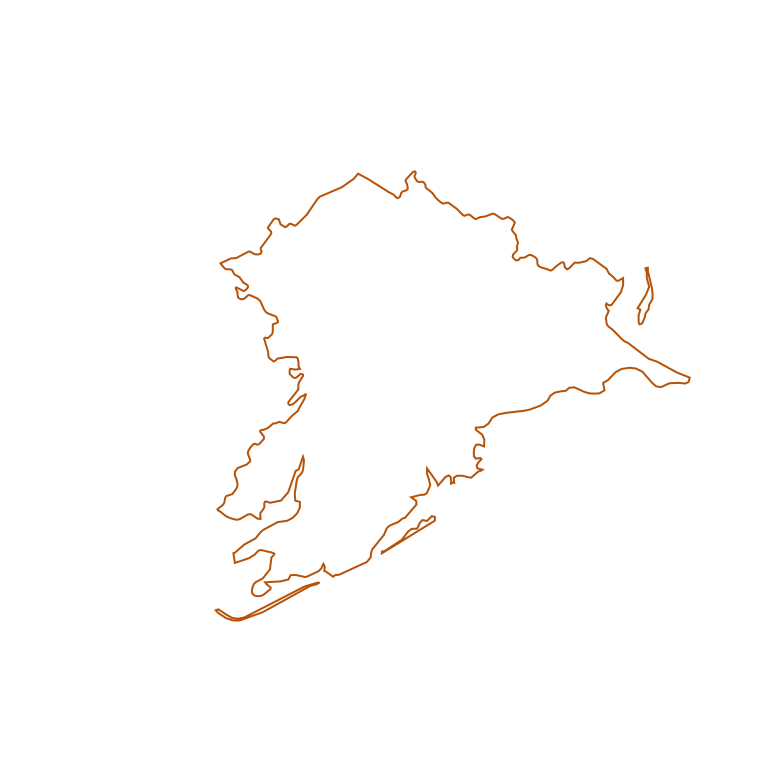 the border of Kherson, rotated 319°
{"feature_id": "UKR-4827", "entity_name": "Kherson", "entity_type": "state/province", "adm_level": 1, "iso_a3": "UKR", "parent_name": "Ukraine", "parent_adm1": "", "projection": "mercator", "projection_center": [33.493, 46.65], "detail": "fine", "context": "isolated", "style": "outline", "palette": "amber", "viewbox_px": 768, "rotation_deg": 319, "n_neighbors": 0, "source": "natural_earth", "source_scale": "10m", "svg_char_len": 6169}
<svg xmlns="http://www.w3.org/2000/svg" viewBox="0 0 768 768"><g transform="rotate(319 384 384)"><path d="M618.9,579.8L615.1,582.3L611.7,581.3L606.5,575.9L599.7,570.6L590.9,568.1L587.8,564.2L587.1,558.8L587.1,544.2L584.1,537.3L580.0,532.9L573.2,528.5L566.4,527.0L555.8,528.0L550.0,527.0L546.3,533.4L540.5,532.4L536.1,529.0L532.7,525.6L529.9,521.2L525.5,511.4L521.4,508.4L516.7,508.4L512.6,505.5L507.1,502.5L502.0,502.0L496.2,504.0L488.1,503.0L482.6,501.0L476.5,498.6L471.4,495.6L457.1,485.8L450.3,481.9L443.8,480.4L437.0,482.4L431.2,481.9L424.6,477.2L423.3,478.8L424.8,486.7L423.2,491.9L418.5,496.8L416.3,492.5L413.8,490.3L410.2,491.6L407.0,494.4L404.5,497.5L404.3,500.6L408.2,503.1L408.2,504.7L404.3,505.0L400.6,506.2L399.1,508.8L402.1,513.3L400.7,513.2L397.6,511.9L388.6,511.9L387.4,510.9L382.9,504.6L379.0,501.2L375.1,500.5L372.2,504.7L371.4,503.6L369.2,503.1L371.6,500.7L373.2,497.9L372.9,495.5L369.6,494.5L358.1,496.1L359.2,493.3L359.7,490.6L361.1,476.0L357.7,479.7L355.3,485.5L352.4,490.8L344.7,494.5L341.9,494.0L338.7,491.6L330.2,487.3L331.6,493.4L329.5,496.2L312.1,498.8L309.7,497.7L304.1,497.5L296.1,494.8L292.7,494.5L290.5,495.1L285.1,497.8L266.7,501.1L263.7,502.8L260.2,506.1L254.4,507.1L225.0,498.5L221.8,496.2L219.2,496.1L217.0,487.1L216.2,485.9L219.0,483.4L219.8,482.1L220.2,480.0L215.8,482.0L212.0,482.4L199.7,478.9L197.8,477.9L192.3,470.5L188.2,467.0L183.6,468.8L176.3,465.0L164.2,455.7L164.0,458.0L164.9,463.3L163.7,464.3L154.5,464.0L151.9,463.0L149.7,461.5L147.7,459.3L147.0,456.0L148.8,453.2L151.7,451.0L154.2,449.7L157.2,449.4L165.2,451.2L176.3,449.1L185.2,441.1L189.0,440.7L189.9,440.1L188.7,437.5L182.1,428.4L179.7,427.4L174.3,427.9L167.9,426.9L154.1,421.2L159.3,412.9L160.8,413.5L173.2,413.5L185.8,416.2L194.2,414.8L197.2,414.9L213.2,418.5L221.2,423.7L227.2,425.1L233.6,424.6L239.2,422.2L243.2,417.8L240.5,413.9L244.5,408.4L254.7,399.7L257.5,397.9L264.2,397.1L266.8,395.4L273.4,389.3L275.1,385.8L263.7,392.4L260.2,391.7L240.6,402.9L229.9,404.4L220.2,399.0L217.9,395.3L217.1,394.8L215.5,395.4L213.0,398.3L211.7,399.0L205.7,400.4L202.3,404.8L200.2,402.7L198.1,394.9L195.7,393.2L186.7,391.4L184.2,390.2L182.2,387.9L179.9,384.2L178.0,380.0L176.6,372.4L175.8,370.4L176.0,369.3L183.4,369.5L185.6,368.8L189.3,365.8L191.4,365.1L197.3,367.6L203.5,366.2L206.0,365.2L208.0,363.2L209.8,359.9L211.6,354.9L214.3,352.2L218.7,351.5L227.2,354.6L232.1,354.7L233.3,353.5L235.5,347.3L237.7,345.4L242.6,344.0L245.7,343.8L247.2,344.2L248.5,346.6L249.4,347.1L250.9,347.4L257.2,346.7L258.3,345.7L259.0,344.4L259.2,339.2L259.5,338.3L260.1,338.0L261.4,338.3L263.0,339.6L267.4,341.0L274.4,341.1L276.1,342.4L280.1,343.9L282.8,347.9L284.3,348.7L293.7,347.7L301.8,347.8L302.9,347.0L314.3,343.0L318.2,340.6L317.9,340.1L315.1,339.9L312.8,338.9L304.9,339.6L301.5,339.3L299.2,338.3L298.8,337.7L298.7,336.3L300.0,334.9L315.8,331.9L318.9,328.3L320.8,327.1L328.3,324.7L329.0,323.9L328.9,323.2L327.6,321.7L321.8,321.6L320.6,321.0L319.7,319.1L319.4,315.1L319.7,314.2L321.8,311.7L323.2,311.0L326.6,315.0L330.5,317.5L331.0,314.8L334.0,311.1L335.8,307.8L335.5,306.5L328.8,300.2L320.4,295.0L316.6,295.1L315.4,294.5L314.4,288.9L314.9,287.5L317.5,283.9L323.3,271.1L324.6,271.0L326.6,273.2L332.0,273.0L333.9,272.0L339.0,266.3L339.9,266.1L342.4,267.4L344.4,267.7L345.0,267.3L346.7,263.0L346.5,261.6L343.4,256.0L342.1,252.7L342.3,249.3L344.9,240.9L344.9,238.3L344.4,236.1L340.9,228.5L339.6,227.9L334.6,227.9L333.0,227.3L331.5,225.9L330.6,223.3L331.4,221.5L333.7,218.5L334.9,214.3L335.4,214.0L336.2,214.7L338.8,221.4L339.2,221.9L340.8,222.3L343.6,222.1L344.9,221.7L345.8,220.3L345.6,218.8L344.4,215.5L345.0,208.5L343.0,203.0L344.1,198.5L343.7,197.2L339.8,193.3L339.5,190.1L339.8,185.7L351.0,188.8L355.0,192.0L368.2,195.1L369.6,195.9L371.6,201.3L373.9,203.6L376.3,204.7L378.6,203.8L379.2,201.5L380.2,200.5L397.6,196.6L398.8,194.8L398.5,190.9L398.9,189.8L408.9,187.3L410.8,187.9L412.7,190.7L410.7,195.5L412.1,200.5L413.6,201.3L417.9,201.1L419.2,202.7L420.6,206.1L422.3,206.5L436.6,205.6L455.2,200.7L458.4,200.5L481.2,207.8L495.7,209.3L502.4,208.3L506.3,218.4L513.6,242.7L515.1,246.3L515.5,248.1L515.6,251.3L516.2,252.7L518.8,253.2L522.4,251.1L524.3,250.9L527.9,252.5L529.5,252.4L530.6,251.6L532.5,248.2L533.4,245.0L534.0,244.5L535.2,244.0L545.1,243.0L546.6,243.7L546.9,244.3L546.3,245.7L543.6,247.0L542.7,248.1L542.0,252.4L542.6,254.1L545.8,256.7L546.3,258.2L546.0,260.8L544.9,262.1L544.4,263.4L545.8,271.6L545.3,276.8L545.5,280.8L546.3,285.2L547.1,286.8L550.3,288.3L551.6,289.7L553.9,299.9L554.4,308.6L555.3,310.0L559.1,311.5L559.9,313.3L560.8,318.5L561.5,319.8L566.0,321.1L570.4,324.0L578.0,326.8L579.1,328.7L581.1,336.3L582.7,337.9L586.6,339.0L587.7,340.5L588.9,345.4L588.6,348.1L581.8,351.3L581.4,352.8L581.1,358.4L579.4,361.0L578.3,364.3L577.5,365.6L574.5,367.4L572.4,370.4L566.3,371.0L564.7,372.2L564.2,374.3L564.8,377.4L566.9,378.7L569.2,378.2L570.0,378.4L572.5,380.4L574.6,381.2L578.0,381.7L579.6,383.1L581.1,387.0L581.4,389.2L581.1,390.8L578.4,394.3L578.1,396.6L579.1,399.1L582.7,404.8L583.9,407.5L586.0,408.3L591.0,408.1L597.8,408.7L599.1,409.8L599.1,411.1L597.2,414.1L597.3,417.5L599.8,418.1L607.5,417.5L610.8,420.5L616.3,423.5L617.9,424.0L622.0,424.1L623.8,426.8L627.5,443.1L626.3,448.2L627.2,454.0L627.3,458.6L628.7,459.9L633.9,460.9L629.6,466.0L623.1,470.1L607.9,473.6L606.1,472.9L605.2,471.6L604.7,469.2L603.1,470.1L602.1,472.0L601.4,476.4L595.1,479.4L592.0,483.9L591.2,485.9L591.1,488.1L592.2,493.2L593.0,506.7L593.6,509.7L595.1,513.1L600.3,538.6L604.8,546.4L612.5,567.2L618.9,579.8ZM659.4,469.3L657.1,472.1L649.2,487.3L645.6,492.5L642.2,496.1L636.3,498.1L632.7,501.2L627.7,502.3L624.2,505.0L618.6,507.6L616.0,506.7L616.5,504.7L621.1,499.3L626.2,496.1L625.1,493.2L640.3,488.5L647.9,484.6L651.9,476.4L655.3,472.5L657.2,468.2L659.4,469.3ZM125.2,468.5L191.2,484.7L203.3,490.2L205.2,491.6L201.9,491.0L195.8,488.0L142.6,476.6L119.7,467.7L115.1,463.6L111.2,457.1L108.7,448.3L108.6,444.4L111.2,445.4L113.6,454.4L115.9,460.7L119.3,465.0L125.2,468.5ZM323.7,511.9L326.7,515.6L333.4,515.1L335.2,517.8L332.7,520.5L271.3,510.4L272.4,509.2L273.0,509.1L274.2,510.4L295.2,513.3L305.2,511.2L309.6,511.4L314.2,514.9L320.2,512.2L323.7,511.9Z" fill="none" stroke="#b45309" stroke-width="2"/></g></svg>